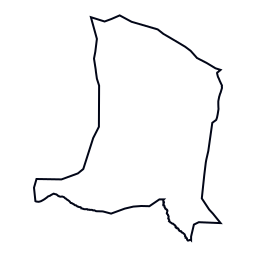 Telmen, Dzavhan, Mongolia (Robinson projection)
{"feature_id": "93677404B12487525964315", "entity_name": "Telmen", "entity_type": "district", "adm_level": 2, "iso_a3": "MNG", "parent_name": "Mongolia", "parent_adm1": "Dzavhan", "projection": "robinson", "projection_center": [97.583, 48.784], "detail": "fine", "context": "isolated", "style": "outline", "palette": "ink", "viewbox_px": 256, "rotation_deg": 0, "n_neighbors": 0, "source": "geoboundaries", "source_scale": "gbopen_adm2", "svg_char_len": 5080}
<svg xmlns="http://www.w3.org/2000/svg" viewBox="0 0 256 256"><path d="M90.9,17.2L96.9,38.9L95.3,51.8L94.0,58.6L95.7,69.6L95.9,71.6L96.9,78.7L99.1,85.6L98.9,126.8L93.2,138.0L83.3,169.0L77.9,173.4L61.5,179.4L36.5,179.0L34.0,187.7L35.4,201.1L36.1,201.5L36.8,201.6L37.7,201.7L38.5,201.8L39.1,201.7L39.6,201.6L40.9,201.2L41.4,201.0L42.2,200.5L43.0,200.1L44.3,199.3L45.1,198.8L45.5,198.4L46.2,198.0L47.3,197.1L48.1,196.4L49.0,196.1L49.7,195.8L50.1,195.7L50.3,195.6L50.7,195.2L51.1,195.0L51.6,194.7L53.0,194.0L53.3,193.8L53.6,193.7L53.9,193.7L54.3,193.9L56.2,194.4L56.4,194.4L56.8,194.7L57.0,194.9L57.1,195.0L57.4,195.1L57.7,195.4L58.4,196.1L58.7,196.1L59.1,196.2L59.9,196.6L60.3,196.7L60.7,196.7L61.0,196.7L61.3,196.6L61.5,196.6L61.9,196.5L62.1,196.5L62.5,196.6L62.8,196.7L63.5,197.0L64.1,197.2L64.4,197.5L65.0,198.2L65.2,198.3L65.4,198.4L65.6,198.4L65.8,198.5L66.3,199.0L66.8,199.5L67.1,199.6L67.3,199.7L67.4,199.8L67.5,199.9L67.6,200.0L67.8,200.1L68.1,200.2L68.8,200.8L69.2,201.1L69.8,201.6L70.2,202.3L70.6,202.8L70.9,203.0L71.4,203.0L71.6,203.0L71.8,203.1L71.9,203.3L72.1,203.4L72.3,203.5L72.6,203.6L72.8,203.7L73.0,203.9L73.2,204.0L73.4,204.1L73.7,204.1L73.8,204.2L73.9,204.3L74.1,204.6L74.5,204.9L74.9,205.2L75.2,205.2L75.4,205.3L75.6,205.3L75.9,205.3L76.1,205.4L76.4,205.6L76.7,205.9L77.4,206.5L77.7,206.6L77.9,206.6L78.1,206.6L78.4,206.7L78.6,206.9L79.0,207.0L79.4,207.1L79.8,207.1L80.1,207.1L80.5,207.2L80.7,207.4L80.9,207.5L81.0,207.7L81.4,208.2L81.4,208.3L81.7,208.3L81.8,208.3L82.0,208.5L82.9,208.8L83.3,208.8L83.6,209.0L83.9,209.1L84.0,209.1L84.5,209.2L84.8,209.2L85.4,209.2L86.3,209.2L86.7,209.1L86.9,209.1L87.1,209.1L87.4,209.3L87.6,209.6L88.0,209.7L88.6,209.6L88.9,209.6L89.1,209.6L89.3,209.8L89.7,209.9L91.5,209.9L92.0,209.9L92.4,210.0L92.6,210.1L93.0,210.4L93.4,210.4L93.7,210.4L93.9,210.3L94.1,210.3L94.3,210.3L94.7,210.5L95.0,210.6L96.1,211.2L102.8,211.4L111.1,213.6L124.8,208.6L133.3,206.6L141.3,206.0L149.4,206.2L159.4,199.4L163.8,199.4L163.4,199.8L163.3,200.0L163.3,200.3L163.3,200.7L163.2,201.0L163.3,201.2L163.7,201.5L163.8,201.6L163.8,202.1L163.9,202.4L164.0,202.6L163.9,202.8L163.8,203.0L163.6,203.0L163.4,203.0L163.4,203.3L163.5,203.6L163.7,204.1L163.7,204.3L163.6,204.5L163.4,204.6L163.2,204.8L163.2,205.0L163.3,205.3L163.6,205.3L163.9,205.3L164.0,205.4L164.2,205.6L164.3,205.7L164.3,206.0L164.5,206.2L164.5,206.3L164.6,206.5L164.6,206.8L164.5,207.1L164.9,207.6L165.0,208.0L165.3,208.2L165.3,208.4L165.4,208.8L165.5,208.9L166.1,209.1L166.4,209.3L166.6,209.5L166.8,209.6L166.8,209.8L166.8,210.0L167.3,210.3L167.4,210.6L167.4,210.9L167.3,211.4L167.0,212.4L166.8,213.2L166.8,213.5L167.0,213.8L167.2,214.0L167.6,214.3L167.9,214.6L168.0,214.8L168.0,215.1L168.0,215.3L168.0,215.5L168.4,215.9L168.5,216.0L168.6,216.3L168.6,216.6L168.6,217.0L168.5,217.3L168.5,217.6L168.3,218.0L168.2,218.4L168.2,218.5L168.3,218.7L168.6,218.9L168.8,219.0L168.8,219.3L168.9,219.5L169.0,219.9L169.1,220.0L169.3,220.2L169.3,220.4L169.3,220.6L169.2,220.9L169.2,221.2L169.1,221.3L169.3,221.5L169.6,221.6L169.8,221.7L169.9,221.8L170.3,222.4L170.7,222.6L171.2,222.8L171.4,222.9L171.6,223.1L171.8,223.3L172.0,223.5L172.4,223.7L172.8,223.7L173.0,223.7L173.2,223.8L173.3,223.9L173.5,224.1L173.6,224.3L174.2,224.7L174.5,224.9L174.7,225.0L174.8,225.3L175.4,225.8L175.5,225.9L175.5,226.1L175.6,226.3L175.5,226.6L175.5,226.9L175.5,227.1L175.6,227.3L175.8,227.5L176.1,227.3L176.5,227.3L176.7,227.5L176.8,227.7L176.9,228.0L177.0,228.2L177.0,228.3L177.3,228.4L177.6,228.3L177.8,228.3L178.1,228.5L178.1,228.8L178.6,229.2L178.8,229.5L178.8,229.8L178.8,230.0L179.0,230.1L179.2,230.5L179.3,230.7L179.4,230.8L179.5,230.9L179.9,231.0L180.0,231.1L180.5,231.1L180.9,231.1L181.0,231.2L181.1,231.3L181.3,231.5L181.4,232.1L181.5,232.2L181.8,232.2L182.0,232.4L182.1,232.6L182.5,232.7L183.1,233.0L183.4,233.3L183.5,233.5L183.8,233.7L184.1,233.9L184.4,234.1L184.6,234.4L184.7,234.7L184.8,234.9L184.9,235.0L185.0,235.2L185.0,235.3L185.1,235.5L185.0,236.2L185.1,236.3L185.4,236.4L185.5,236.5L185.7,236.8L185.8,237.0L185.8,237.3L185.6,237.8L185.8,237.9L186.1,237.9L186.4,238.0L186.7,238.1L186.8,238.2L186.9,238.5L187.0,238.8L187.0,239.3L187.2,239.6L187.4,240.1L187.5,240.2L187.6,240.3L187.8,240.5L188.0,240.6L188.9,240.4L189.1,240.3L189.3,240.1L189.8,240.0L190.3,239.9L190.8,239.9L191.1,240.2L191.1,236.5L193.9,224.6L198.8,222.2L220.6,223.1L212.9,213.6L209.2,209.6L201.8,198.4L204.3,174.8L205.8,162.5L206.3,159.7L208.3,151.0L212.3,122.8L216.2,119.9L217.0,117.6L217.7,114.2L218.5,109.1L218.5,108.6L218.4,107.4L218.3,104.0L218.3,102.5L218.3,101.5L218.4,100.7L219.1,97.2L219.2,96.6L219.5,95.8L219.6,95.4L220.0,94.0L220.6,92.6L222.0,87.9L221.9,87.2L221.8,86.9L221.8,86.6L221.8,86.4L222.0,86.0L222.0,85.8L221.9,85.3L221.8,85.2L220.9,83.3L220.3,82.0L219.9,81.2L218.9,78.7L218.0,76.9L217.6,75.5L217.1,73.4L217.1,73.2L217.2,72.6L217.4,72.5L217.6,72.3L218.2,71.9L218.5,71.7L219.1,71.0L219.6,70.7L220.1,70.4L220.6,69.9L215.5,68.3L206.7,63.0L197.0,58.0L190.7,50.9L185.1,46.7L170.3,37.9L163.4,33.9L157.7,29.4L131.6,21.8L119.7,15.4L111.4,19.0L104.6,21.5L90.9,17.2L90.9,17.2Z" fill="none" stroke="#020617" stroke-width="2"/></svg>